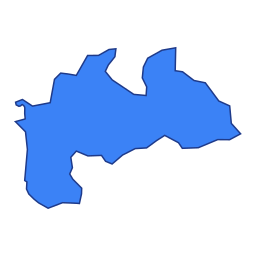 outline of Uzgen, Osh, Kyrgyzstan
{"feature_id": "92254566B62299131303841", "entity_name": "Uzgen", "entity_type": "district", "adm_level": 2, "iso_a3": "KGZ", "parent_name": "Kyrgyzstan", "parent_adm1": "Osh", "projection": "orthographic", "projection_center": [73.5, 40.749], "detail": "fine", "context": "isolated", "style": "filled", "palette": "blue", "viewbox_px": 256, "rotation_deg": 0, "n_neighbors": 0, "source": "geoboundaries", "source_scale": "gbopen_adm2", "svg_char_len": 1033}
<svg xmlns="http://www.w3.org/2000/svg" viewBox="0 0 256 256"><path d="M79.4,203.5L81.5,193.9L81.7,188.2L72.8,179.2L69.7,174.0L72.4,167.7L70.8,157.3L76.3,151.1L87.9,155.9L101.5,155.4L105.6,161.3L112.1,164.0L122.6,155.0L135.2,148.6L146.6,147.9L156.7,140.5L164.7,135.4L178.5,142.7L182.3,148.3L198.3,147.7L217.7,139.6L229.6,139.7L240.6,133.8L231.3,123.4L229.7,105.9L218.8,101.0L205.3,82.8L194.0,80.5L182.6,71.8L175.2,70.7L175.7,47.8L162.0,50.2L147.7,58.2L143.4,67.0L142.3,77.9L146.7,86.9L146.1,95.5L133.8,94.4L112.2,79.9L105.3,71.4L108.3,65.0L114.9,56.7L115.9,48.8L109.0,49.5L98.5,55.4L87.6,55.5L76.3,75.4L68.1,74.0L60.7,73.1L54.5,79.3L50.2,102.7L32.5,106.1L24.0,100.5L22.4,99.5L15.6,102.2L15.8,103.3L16.2,104.9L18.9,106.3L20.6,105.9L21.8,104.7L22.5,104.6L22.9,105.0L24.4,106.4L24.8,107.9L24.7,113.5L25.2,118.8L24.3,119.2L15.4,121.6L25.5,131.8L27.4,149.5L24.7,180.5L26.9,181.9L26.5,189.0L28.8,194.0L34.2,199.3L38.7,202.9L48.1,208.2L62.5,202.7L70.8,203.0L77.4,203.3L79.4,203.5Z" fill="#3b82f6" stroke="#1e3a8a" stroke-width="1.5"/></svg>